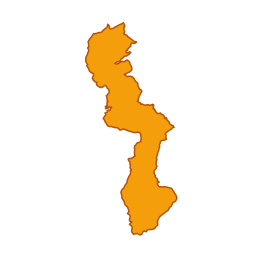 outline of Aserri, San José, Costa Rica, rotated 323°
{"feature_id": "36466004B1589353169511", "entity_name": "Aserri", "entity_type": "district", "adm_level": 2, "iso_a3": "CRI", "parent_name": "Costa Rica", "parent_adm1": "San José", "projection": "albers", "projection_center": [-84.129, 9.746], "detail": "fine", "context": "isolated", "style": "filled", "palette": "amber", "viewbox_px": 256, "rotation_deg": 323, "n_neighbors": 0, "source": "geoboundaries", "source_scale": "gbopen_adm2", "svg_char_len": 5883}
<svg xmlns="http://www.w3.org/2000/svg" viewBox="0 0 256 256"><g transform="rotate(323 128 128)"><path d="M157.2,31.9L154.0,33.2L150.9,33.8L150.5,34.3L149.5,34.4L147.9,35.2L147.5,36.4L145.7,39.3L145.3,39.6L144.7,39.4L143.9,40.0L143.8,41.4L142.9,42.8L142.0,43.4L140.7,43.9L140.1,44.7L139.7,44.9L137.2,46.0L134.6,48.9L134.1,50.6L134.0,52.5L133.9,53.1L132.6,53.3L132.4,56.2L131.5,59.4L132.0,61.9L132.6,62.5L132.8,62.9L132.9,64.3L132.0,65.3L130.0,66.3L129.5,66.9L129.5,67.7L129.0,68.3L129.3,69.8L129.4,71.1L130.5,73.0L129.5,73.5L129.3,73.9L129.0,74.7L129.0,75.5L129.1,76.0L129.6,77.5L130.2,78.7L131.1,79.7L132.2,80.1L134.6,80.0L135.1,80.0L135.4,80.3L135.9,81.7L135.8,82.4L135.4,83.4L135.6,84.9L135.5,86.6L134.5,88.3L131.2,89.1L130.2,89.6L130.0,89.4L129.4,91.3L128.2,93.0L128.1,94.0L127.6,94.8L127.3,94.5L127.1,94.5L127.0,95.0L126.1,95.6L124.9,97.4L123.3,97.3L123.7,98.0L122.1,98.5L121.8,98.8L121.7,99.1L121.9,99.4L122.9,99.2L123.6,100.0L124.0,100.2L124.5,99.3L124.8,99.2L125.4,100.0L126.3,100.5L126.3,100.8L127.1,101.1L127.2,101.7L126.3,101.8L125.7,102.2L125.3,102.3L124.3,103.1L123.7,102.8L123.3,101.9L122.3,101.7L121.9,101.7L121.5,102.5L121.0,102.8L120.7,102.8L120.3,102.5L118.7,102.3L118.6,103.4L117.7,104.3L117.3,104.4L116.2,104.5L115.0,105.2L114.3,105.2L113.9,105.7L114.0,107.1L113.8,108.5L113.4,109.3L113.4,111.5L113.2,112.3L113.2,114.4L114.5,116.1L115.7,116.8L116.5,118.2L117.1,118.6L117.8,119.9L119.1,120.9L119.7,121.6L120.1,122.7L120.2,124.4L120.6,125.0L123.8,126.1L124.9,127.6L126.2,130.0L130.3,135.5L130.7,135.8L133.9,137.7L134.4,138.6L134.6,139.3L134.3,140.6L132.2,144.3L131.7,144.9L130.4,145.9L130.2,146.4L128.5,146.3L126.8,145.5L126.1,145.5L124.4,146.0L123.7,146.4L122.6,146.3L122.1,146.6L121.0,148.0L120.2,149.5L118.7,151.0L117.5,152.7L117.0,153.7L116.9,154.6L112.3,154.3L110.6,153.0L109.4,153.1L108.9,154.7L109.0,156.7L107.8,158.1L107.4,159.3L107.0,159.8L106.2,160.4L105.8,161.0L105.5,161.8L105.6,163.3L105.3,163.5L104.4,163.5L104.2,163.7L102.9,165.6L102.0,166.3L99.6,167.2L96.1,169.2L94.9,170.5L93.9,171.1L93.1,171.5L91.8,171.7L88.7,173.4L86.7,173.4L84.6,174.4L83.5,175.3L82.4,178.3L82.2,178.4L80.9,180.6L80.8,183.9L79.7,186.6L79.5,187.9L79.5,188.4L79.8,189.2L80.0,190.2L79.9,191.4L79.8,191.6L78.9,194.4L78.2,195.3L76.2,196.0L76.3,196.7L76.8,197.7L77.0,199.0L76.7,199.8L73.7,202.4L73.5,203.1L73.5,203.9L74.2,204.5L74.5,205.3L73.5,205.5L72.5,205.5L71.2,206.0L71.8,208.6L71.8,209.1L71.3,210.2L70.9,210.7L69.9,211.3L69.1,212.1L68.5,213.1L68.4,213.8L68.4,216.1L71.7,217.7L72.7,219.4L73.2,220.6L73.8,220.9L75.4,221.0L76.9,220.0L79.1,219.9L79.9,221.7L80.9,221.6L81.6,221.2L82.4,221.2L83.3,221.5L85.5,223.1L87.9,224.1L89.9,224.1L90.4,223.7L91.1,223.6L93.1,223.6L93.7,222.9L94.7,221.2L95.0,221.1L95.1,220.6L96.0,219.8L99.0,218.2L99.9,217.9L100.7,217.9L100.8,217.8L111.0,217.8L111.8,217.3L111.9,217.1L113.3,216.5L113.9,216.4L115.3,216.5L116.2,216.1L117.3,215.5L117.9,214.8L118.3,214.7L122.0,215.0L124.5,213.7L125.2,212.6L125.9,210.3L125.9,208.3L126.3,206.6L126.3,204.8L126.4,204.6L126.4,202.3L123.2,198.3L121.4,196.6L121.0,196.3L120.5,196.2L119.1,195.1L118.7,194.5L117.6,193.8L117.4,193.2L117.6,192.1L117.6,190.6L117.9,190.0L118.1,189.8L120.3,189.9L120.3,189.4L119.8,188.8L119.6,187.9L120.3,187.4L120.7,186.5L120.7,185.7L120.4,184.7L120.4,183.4L120.7,182.9L121.3,182.4L121.4,180.1L122.1,179.3L122.5,178.4L123.3,177.8L124.6,177.6L126.2,177.1L126.9,176.5L127.9,176.1L128.3,175.4L128.4,174.2L130.3,171.8L131.1,171.2L131.4,171.2L132.4,170.1L132.4,169.4L132.6,169.0L136.4,166.2L137.2,165.4L139.1,164.4L140.0,163.3L142.0,162.0L143.1,160.2L144.5,159.5L145.9,158.2L148.1,158.5L149.8,159.6L151.8,160.1L152.2,159.6L152.6,158.0L153.9,157.0L154.2,156.3L154.2,155.2L154.5,155.0L155.4,154.7L157.5,154.8L157.8,154.6L161.5,154.9L164.6,154.7L165.1,155.0L165.5,153.5L165.2,152.9L164.4,151.9L163.8,150.3L163.9,149.4L164.5,148.3L164.0,145.0L164.6,143.7L164.7,143.0L164.1,142.6L163.8,142.5L163.3,142.8L163.1,142.5L163.9,140.9L164.0,139.1L163.7,138.3L162.9,136.8L162.9,135.6L162.6,135.4L162.1,135.4L161.0,134.7L160.2,133.8L160.0,133.2L160.0,132.1L160.3,130.5L160.3,130.0L160.0,129.6L160.1,128.9L160.5,128.8L160.5,128.5L159.8,128.0L160.2,127.2L161.0,126.5L161.4,125.3L162.1,125.4L162.4,124.8L161.9,123.9L160.7,123.7L159.9,123.2L158.7,123.0L158.4,122.0L157.7,121.2L155.2,120.0L153.8,117.5L153.1,117.3L152.6,116.8L152.5,116.4L153.1,116.0L153.1,115.5L152.2,114.2L151.5,112.5L151.5,112.2L152.8,112.2L154.0,110.7L155.0,110.2L156.0,109.3L158.3,108.4L159.1,107.8L159.6,107.7L160.9,107.1L161.4,106.5L161.4,105.7L160.8,104.6L160.8,102.2L161.4,100.7L161.7,99.5L162.6,98.2L162.6,97.3L162.2,95.4L162.2,93.1L162.6,92.4L162.4,91.6L162.4,89.9L161.8,89.4L161.1,88.2L160.6,87.6L158.2,86.4L157.5,83.8L157.4,82.8L157.6,82.7L158.7,83.5L161.3,83.6L161.9,84.0L163.1,84.2L164.3,84.2L166.1,83.7L167.0,82.6L167.6,81.3L168.2,77.7L168.9,76.6L168.9,75.4L168.6,74.5L168.5,73.5L168.2,73.1L167.3,72.9L165.7,72.9L164.5,72.6L164.3,72.4L163.6,71.3L163.0,71.0L161.8,71.0L158.4,70.5L157.2,70.0L156.5,68.5L158.5,68.4L159.1,68.7L161.5,69.5L162.4,69.5L163.0,69.3L163.6,68.7L164.6,68.7L165.4,69.0L166.9,69.0L167.2,68.6L167.8,68.4L169.2,69.0L169.8,69.4L170.8,69.7L173.2,69.8L174.3,69.5L175.5,69.5L175.6,68.8L175.1,68.1L173.2,67.9L172.3,67.4L172.0,66.4L172.6,65.5L174.3,65.7L174.6,64.8L176.1,64.9L177.1,64.4L179.6,64.3L179.6,63.7L180.3,63.1L182.2,62.3L183.7,64.0L184.5,64.4L186.3,64.6L186.4,63.9L185.3,63.0L185.0,62.4L182.8,54.9L182.8,53.0L181.6,51.1L181.3,50.0L181.6,49.8L182.6,49.7L182.8,49.5L183.7,48.4L183.8,47.3L184.2,46.5L184.7,45.9L185.2,45.7L185.5,44.9L186.5,44.9L187.5,42.9L187.6,41.2L185.7,41.1L184.6,40.7L182.2,40.2L179.6,39.9L178.8,39.6L176.3,39.5L175.0,39.1L173.6,38.4L173.4,38.3L173.4,36.8L174.2,35.9L174.4,35.5L174.4,33.7L174.2,33.1L173.8,33.3L173.4,33.9L172.5,34.5L171.4,34.9L166.5,35.0L165.6,35.4L165.3,35.5L163.7,35.3L161.9,34.1L159.9,33.5L157.3,32.2L157.2,31.9Z" fill="#f59e0b" stroke="#b45309" stroke-width="1.5"/></g></svg>